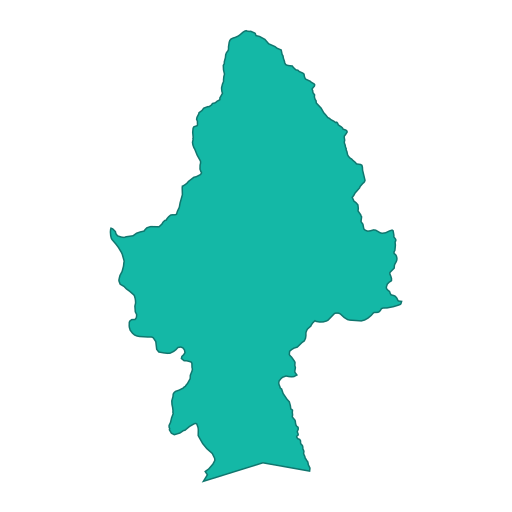 Ngangla, Shemgang, Bhutan
{"feature_id": "84629894B76990430770482", "entity_name": "Ngangla", "entity_type": "district", "adm_level": 2, "iso_a3": "BTN", "parent_name": "Bhutan", "parent_adm1": "Shemgang", "projection": "robinson", "projection_center": [90.989, 26.895], "detail": "fine", "context": "isolated", "style": "filled", "palette": "teal", "viewbox_px": 512, "rotation_deg": 0, "n_neighbors": 0, "source": "geoboundaries", "source_scale": "gbopen_adm2", "svg_char_len": 6056}
<svg xmlns="http://www.w3.org/2000/svg" viewBox="0 0 512 512"><path d="M246.2,30.7L244.8,31.1L243.0,32.2L239.6,35.1L237.9,36.2L235.0,37.5L233.2,38.0L230.9,39.1L229.8,40.5L229.2,42.3L228.5,46.8L228.5,48.9L228.2,50.4L226.5,52.7L225.7,54.7L225.4,57.7L224.3,61.8L224.3,63.6L223.3,65.4L223.5,69.8L224.5,74.1L223.8,76.8L223.5,80.0L223.6,81.4L222.5,84.0L221.6,87.6L221.6,88.9L221.9,91.4L222.5,93.3L219.9,97.9L219.9,99.7L217.0,101.3L215.8,102.4L214.5,103.1L213.0,103.3L212.3,103.7L211.5,105.0L209.2,106.6L207.6,106.7L203.7,108.2L202.0,110.5L199.0,112.7L198.8,113.8L197.0,117.3L196.6,119.3L197.4,121.1L197.5,125.0L197.1,125.7L193.9,126.8L193.1,128.2L192.7,132.3L193.2,137.7L192.9,138.4L193.1,139.5L192.5,142.3L192.9,144.9L193.9,147.7L194.7,149.0L197.2,155.2L200.5,161.1L200.6,162.9L200.1,165.1L200.0,169.1L200.9,171.7L201.4,172.2L201.5,172.9L200.9,174.0L200.1,174.8L196.3,176.7L193.8,177.3L188.5,181.4L187.0,183.2L185.2,184.6L183.0,186.0L182.4,186.1L182.2,187.7L182.4,194.7L180.1,202.9L179.3,207.3L177.4,211.3L176.5,214.3L175.0,214.8L172.3,214.8L170.6,215.1L168.6,216.8L166.9,218.8L166.4,220.0L164.8,220.5L163.1,222.1L161.9,224.1L159.0,226.8L150.8,226.6L149.9,226.8L146.9,227.8L145.2,229.5L144.0,231.1L140.4,231.9L136.6,233.2L133.0,235.8L125.9,236.8L124.9,237.3L123.6,237.4L121.4,237.1L117.6,235.9L116.1,234.0L115.7,233.0L115.4,231.6L112.7,228.9L111.0,228.2L110.6,229.6L110.4,232.0L110.7,235.7L111.3,238.2L112.0,239.5L116.0,244.2L118.4,247.4L121.4,252.4L122.2,254.1L124.2,261.2L123.9,262.6L123.5,266.2L122.1,271.5L120.0,275.4L119.4,277.7L118.9,280.1L119.1,281.4L120.2,284.2L124.1,286.5L126.4,288.9L129.7,291.3L133.8,294.9L134.4,295.8L135.2,298.6L135.5,300.8L135.6,303.0L134.9,306.1L135.3,311.8L136.6,314.4L136.6,316.0L136.3,317.8L135.0,319.5L131.7,319.6L129.8,321.1L129.3,322.3L129.2,325.9L129.4,327.5L130.2,330.2L132.5,333.2L134.6,335.0L137.0,336.0L139.5,336.5L147.9,337.0L151.6,337.0L153.2,337.7L155.8,341.6L156.7,349.3L158.8,352.0L163.8,352.9L167.5,353.3L170.0,353.2L173.7,351.4L175.9,349.7L177.9,347.5L180.7,347.0L182.8,347.8L184.4,349.8L185.0,352.6L183.6,354.8L181.9,356.4L181.4,358.5L184.1,360.7L186.8,360.8L190.9,361.9L191.9,363.2L192.0,367.3L192.4,369.1L192.0,371.1L190.3,375.3L190.2,378.6L187.5,383.5L186.1,385.1L185.4,386.3L183.9,387.2L183.3,388.0L179.2,390.1L175.5,391.4L174.1,392.6L173.2,394.1L173.0,396.5L171.8,400.9L172.0,404.6L172.6,407.4L173.0,410.6L172.9,412.4L173.2,413.6L171.6,417.8L170.5,422.5L169.1,425.4L169.1,427.2L169.7,428.5L169.4,429.8L171.4,433.2L174.3,434.7L179.9,433.0L183.6,430.5L184.9,430.3L189.6,426.4L193.8,424.0L194.9,423.5L195.9,423.5L196.8,424.0L198.1,427.7L198.3,429.8L198.2,435.5L198.8,436.7L202.7,443.6L206.8,448.6L212.3,453.5L214.6,458.2L214.9,460.3L212.9,464.1L208.7,469.0L205.2,471.5L207.4,474.8L203.4,481.3L262.9,462.8L309.6,471.1L309.9,468.7L309.9,468.0L308.2,464.5L308.1,463.2L307.6,461.5L306.8,460.7L305.9,459.0L305.2,458.2L304.8,456.4L303.9,454.5L303.6,453.4L303.9,451.5L303.6,450.3L302.9,449.1L302.8,446.9L302.4,445.5L301.0,444.0L300.6,443.2L300.5,440.8L300.0,439.9L299.6,439.4L297.8,438.7L296.7,437.2L296.7,436.3L298.2,434.9L298.1,434.0L297.2,431.7L298.2,429.3L298.2,428.0L298.0,427.2L296.7,426.3L296.0,425.1L295.5,423.1L295.3,421.2L294.9,420.1L292.4,417.1L292.3,416.4L292.6,415.0L292.3,412.5L292.5,410.2L291.8,409.5L290.8,409.0L290.4,405.8L289.3,401.8L287.0,399.3L283.1,393.5L281.6,389.0L280.3,388.1L279.9,386.7L279.1,384.8L278.7,383.0L279.1,381.0L280.9,378.7L282.5,377.3L286.0,376.0L289.0,376.6L291.8,376.8L293.9,376.6L296.9,375.0L294.9,372.3L294.8,371.1L295.4,367.7L294.8,365.4L295.0,362.5L294.6,361.5L293.4,359.7L291.6,357.2L289.8,355.4L289.3,354.4L289.6,351.3L291.7,349.5L294.0,348.1L297.3,347.1L302.0,342.5L304.3,340.9L305.5,338.3L305.9,335.6L305.9,332.7L306.7,330.4L307.6,328.9L310.9,326.0L311.2,325.1L312.7,322.9L315.0,320.7L316.0,321.4L319.7,322.0L323.2,321.9L326.4,321.0L328.0,320.2L334.5,313.5L335.7,313.1L338.3,313.1L340.2,313.8L344.2,317.5L347.6,319.6L349.9,320.1L361.3,320.9L364.6,320.0L368.0,318.1L371.2,315.4L373.2,313.1L374.1,312.5L377.3,312.4L378.8,312.0L380.2,310.7L381.5,308.6L383.3,308.0L387.1,307.9L393.3,306.7L397.9,305.3L400.1,304.5L400.9,303.8L401.6,301.4L398.5,301.0L398.0,300.6L396.8,298.1L395.3,296.3L393.9,295.6L391.0,294.8L390.2,293.4L389.5,291.4L388.4,290.7L386.9,289.2L386.3,287.9L386.5,286.5L387.3,284.1L389.5,281.9L390.9,281.2L391.5,280.5L391.5,278.6L390.8,276.2L389.8,273.9L389.9,272.5L394.2,268.1L394.4,265.4L394.9,264.0L396.2,261.7L396.7,260.4L396.9,259.1L396.9,258.1L396.4,256.1L395.6,254.7L394.1,253.5L394.0,252.0L394.9,250.3L395.4,245.1L395.1,242.6L395.3,241.4L395.8,240.8L395.7,239.4L393.8,236.8L393.9,235.3L393.1,230.8L392.1,230.1L389.4,231.0L385.6,232.8L382.1,233.3L380.2,232.8L375.7,230.2L373.6,229.9L370.4,230.8L367.8,231.2L365.4,230.3L364.3,229.4L363.8,228.8L362.9,224.2L361.0,221.6L361.6,216.8L360.9,215.7L360.7,214.8L358.0,210.9L358.3,208.6L357.9,204.9L356.2,202.9L354.9,201.8L354.1,201.4L352.2,197.4L353.8,195.4L355.0,193.1L359.6,187.8L360.1,186.5L362.8,183.4L363.8,182.6L364.5,181.7L365.0,180.3L362.6,170.3L362.4,167.2L361.9,165.3L360.6,164.5L356.4,163.9L355.6,162.7L354.6,161.8L352.8,160.3L351.6,159.0L350.3,158.3L348.5,156.4L347.6,154.9L346.9,151.6L346.1,149.7L346.2,148.7L345.4,146.8L345.2,145.2L344.4,143.1L344.3,142.0L344.7,140.2L344.2,137.2L344.4,135.9L345.4,134.8L347.1,132.1L347.0,131.3L346.5,130.5L345.1,129.8L343.1,129.2L342.5,128.0L341.3,126.9L338.3,124.9L337.6,123.2L336.7,122.2L335.8,122.6L333.8,121.2L330.8,119.6L329.5,118.4L327.8,117.6L325.6,114.8L323.7,112.7L321.1,108.1L316.3,103.0L316.0,100.6L315.2,99.6L314.5,97.5L314.4,96.2L314.6,94.9L312.9,92.6L312.7,90.6L312.1,89.3L312.2,88.7L314.4,86.1L314.7,84.8L314.1,83.9L311.2,82.2L310.3,81.3L305.6,79.1L305.1,78.4L304.4,76.5L304.0,74.1L302.8,73.1L299.2,71.5L297.8,70.2L296.3,70.0L295.7,69.7L293.3,67.4L292.3,66.0L288.8,65.6L286.6,65.1L285.7,64.5L284.7,62.9L284.5,61.5L283.4,58.3L283.0,55.9L282.1,54.4L281.2,50.0L277.0,48.2L275.0,46.6L268.7,43.8L264.9,39.4L259.6,36.5L256.0,35.6L255.2,33.4L254.4,32.9L250.8,31.3L249.2,31.4L247.0,31.1L246.2,30.7Z" fill="#14b8a6" stroke="#0f766e" stroke-width="1.5"/></svg>